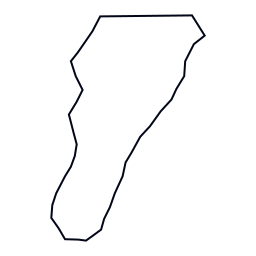 the district of Kannavia, Nicosia, Cyprus
{"feature_id": "46923920B89449499533313", "entity_name": "Kannavia", "entity_type": "district", "adm_level": 2, "iso_a3": "CYP", "parent_name": "Cyprus", "parent_adm1": "Nicosia", "projection": "equal_earth", "projection_center": [32.984, 34.982], "detail": "fine", "context": "isolated", "style": "outline", "palette": "ink", "viewbox_px": 256, "rotation_deg": 0, "n_neighbors": 0, "source": "geoboundaries", "source_scale": "gbopen_adm2", "svg_char_len": 581}
<svg xmlns="http://www.w3.org/2000/svg" viewBox="0 0 256 256"><path d="M70.9,61.2L75.7,76.1L82.6,89.9L76.7,101.7L68.9,114.5L73.8,133.6L76.7,144.3L74.8,156.0L70.9,166.7L65.0,176.3L56.2,193.3L52.3,205.1L51.3,217.9L58.1,227.5L59.6,229.9L65.0,239.2L78.3,239.6L86.0,240.6L95.0,234.1L101.1,229.6L104.1,218.9L109.9,207.2L114.8,193.3L122.6,176.3L125.6,162.4L131.4,152.8L140.2,136.8L150.0,126.2L160.7,111.3L171.5,99.5L176.4,88.9L184.2,76.1L185.2,61.2L193.9,44.1L204.7,35.6L192.0,15.4L100.2,16.4L92.4,31.3L83.6,44.1L77.7,52.6L70.9,61.2Z" fill="none" stroke="#020617" stroke-width="2"/></svg>